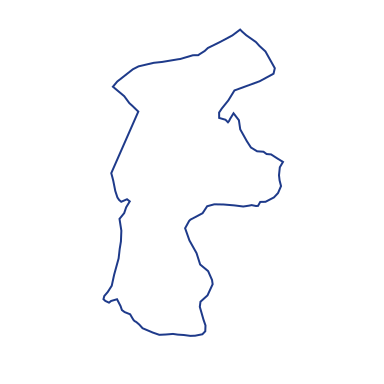 Ado, Benue, Nigeria (orthographic projection), rotated 341°
{"feature_id": "59680162B34366982763718", "entity_name": "Ado", "entity_type": "district", "adm_level": 2, "iso_a3": "NGA", "parent_name": "Nigeria", "parent_adm1": "Benue", "projection": "orthographic", "projection_center": [7.998, 6.763], "detail": "fine", "context": "isolated", "style": "outline", "palette": "blue", "viewbox_px": 384, "rotation_deg": 341, "n_neighbors": 0, "source": "geoboundaries", "source_scale": "gbopen_adm2", "svg_char_len": 1704}
<svg xmlns="http://www.w3.org/2000/svg" viewBox="0 0 384 384"><g transform="rotate(341 192 192)"><path d="M77.5,269.6L80.0,268.7L86.2,269.0L87.3,276.6L87.3,280.8L89.2,283.6L93.7,287.5L94.4,291.1L95.0,293.9L95.7,295.4L96.6,296.3L97.3,297.3L99.0,300.2L100.9,304.7L107.8,310.9L109.0,312.0L114.6,316.4L120.8,318.2L127.8,320.0L132.1,322.2L137.6,324.5L143.6,327.5L148.2,328.9L155.5,329.9L159.2,328.0L161.3,322.6L161.3,316.4L162.0,303.1L164.3,298.5L173.0,294.8L181.5,285.9L182.3,281.7L181.5,272.1L176.1,263.2L176.4,251.3L173.8,237.0L173.7,224.0L174.5,223.3L179.9,218.4L181.6,217.6L195.1,215.5L201.7,210.4L209.1,210.9L217.8,214.1L227.8,218.5L235.7,222.4L238.3,222.9L241.7,223.5L244.1,223.8L248.0,226.1L249.9,226.6L253.3,223.6L258.3,225.2L267.7,223.8L273.0,221.0L278.1,215.4L278.6,209.5L279.7,204.5L280.9,201.9L283.1,197.2L287.8,193.2L283.4,187.8L279.0,182.2L274.9,180.4L272.7,177.2L266.8,174.7L262.2,169.1L260.4,161.8L258.0,148.5L259.7,139.4L256.9,131.1L251.9,135.2L250.2,136.9L248.7,137.8L247.2,134.6L241.8,130.8L243.5,125.7L247.3,122.8L256.2,117.2L265.2,109.8L292.0,109.3L307.6,106.7L310.6,101.9L307.2,83.0L303.3,75.8L301.3,71.1L294.3,61.4L291.7,56.8L290.4,54.1L281.1,57.1L266.6,59.4L253.9,61.0L249.9,62.8L243.5,64.3L242.6,64.7L237.4,63.0L224.1,62.4L222.2,62.0L218.6,61.4L206.1,59.3L197.9,57.4L182.4,55.8L176.1,56.7L157.3,63.2L151.5,66.7L159.1,79.3L161.7,87.6L163.7,91.2L167.4,98.5L121.8,147.9L121.5,152.3L121.2,155.8L119.8,166.0L119.7,172.9L120.5,175.8L121.9,178.2L128.2,177.7L130.1,180.6L124.8,185.0L121.0,189.9L114.7,193.8L112.6,205.6L108.7,215.6L105.1,222.3L101.0,230.9L91.5,244.8L85.6,254.5L79.8,259.1L75.2,261.8L73.4,264.5L74.6,266.8L77.5,269.6Z" fill="none" stroke="#1e3a8a" stroke-width="2"/></g></svg>